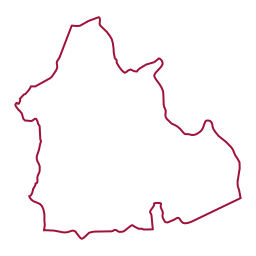 Nana-Mambéré, Natural Earth projection
{"feature_id": "CAF-804", "entity_name": "Nana-Mambéré", "entity_type": "Prefecture", "adm_level": 1, "iso_a3": "CAF", "parent_name": "Central African Republic", "parent_adm1": "", "projection": "natural_earth1", "projection_center": [15.312, 5.849], "detail": "fine", "context": "isolated", "style": "outline", "palette": "rose", "viewbox_px": 256, "rotation_deg": 0, "n_neighbors": 0, "source": "natural_earth", "source_scale": "10m", "svg_char_len": 3352}
<svg xmlns="http://www.w3.org/2000/svg" viewBox="0 0 256 256"><path d="M35.3,86.4L50.3,78.1L52.0,76.5L55.9,70.7L57.0,68.4L57.2,67.1L57.2,65.8L56.7,62.9L57.0,61.5L59.6,57.3L71.7,25.7L73.4,25.7L75.8,26.0L78.7,25.9L79.9,25.7L80.8,25.3L88.4,21.0L98.4,17.3L99.1,17.4L99.6,18.0L99.9,19.5L99.9,20.8L99.6,23.8L99.8,24.7L100.8,26.1L106.9,32.0L109.7,35.7L111.6,38.9L112.3,41.1L112.8,43.0L113.6,48.7L113.7,51.8L113.9,53.1L114.0,54.2L114.5,56.0L114.6,57.4L114.8,58.0L115.3,58.7L116.4,59.8L116.7,60.5L116.7,61.3L116.6,62.1L116.8,62.9L119.5,67.4L122.2,70.8L124.5,72.7L126.3,72.1L128.1,70.5L130.5,69.5L133.6,70.9L134.7,71.3L136.9,71.5L138.1,69.9L139.8,68.4L146.3,64.5L153.8,62.3L155.1,61.5L157.1,59.9L157.7,59.5L158.1,59.1L158.4,58.6L158.9,58.4L159.8,58.7L161.5,60.2L162.6,62.6L162.4,64.6L161.2,66.7L155.5,72.9L154.6,74.4L154.2,75.6L154.7,77.2L156.1,79.6L159.6,84.3L161.6,87.7L163.0,90.9L163.3,93.5L163.7,104.5L164.1,106.7L165.4,109.6L165.7,110.6L165.4,115.6L165.8,117.3L166.7,118.8L171.2,123.2L172.4,124.0L174.8,125.0L177.2,126.4L180.1,128.8L183.5,132.8L184.6,133.8L185.4,134.1L187.8,134.1L189.5,134.4L191.9,135.0L194.0,134.9L196.3,134.2L198.3,133.0L200.2,131.6L201.7,130.1L202.8,128.3L205.0,122.2L205.8,121.0L206.9,120.5L208.4,120.5L210.1,121.0L211.5,122.3L212.3,124.7L212.6,126.8L213.4,129.0L215.1,131.7L218.5,135.9L226.1,142.0L231.2,147.2L232.8,149.5L235.2,155.2L237.4,158.5L239.5,162.3L239.7,168.3L237.6,181.3L237.6,184.3L237.9,186.5L239.1,190.2L240.6,198.1L191.5,221.7L188.1,222.9L185.3,223.3L183.3,223.0L181.8,221.9L180.8,220.7L179.5,218.7L178.8,218.1L177.7,217.8L176.7,218.2L173.7,219.9L167.7,222.4L166.0,222.3L164.8,221.6L162.8,217.8L162.6,216.9L162.5,215.8L162.5,215.1L162.6,214.3L162.8,213.6L162.8,212.8L162.7,212.0L162.3,210.8L161.0,208.0L160.8,207.0L160.7,206.0L161.0,203.7L160.3,203.1L159.1,203.0L155.9,202.9L154.7,203.2L154.1,203.5L154.1,204.1L154.1,205.0L153.7,206.0L150.7,210.3L150.3,211.1L150.1,212.0L150.3,212.7L150.7,213.4L151.2,214.3L151.5,215.6L152.8,229.2L152.1,229.4L144.1,229.5L143.3,229.4L142.2,228.9L141.6,228.7L140.8,228.7L138.7,228.8L134.3,226.5L133.0,225.5L132.4,225.2L131.8,225.3L130.7,225.9L124.2,231.0L123.3,231.4L122.6,231.7L119.6,231.9L118.8,231.7L118.3,231.5L115.9,230.0L114.7,229.9L114.0,230.2L113.3,230.7L111.7,231.3L94.5,231.6L91.9,232.0L89.0,232.8L84.5,237.1L82.8,238.4L81.8,238.7L81.1,238.5L80.6,238.1L79.3,236.7L75.5,231.7L75.4,231.5L74.0,230.9L72.8,230.6L71.6,230.8L67.8,232.1L65.7,232.4L63.5,232.4L54.1,230.6L45.5,230.2L44.1,230.3L44.1,229.7L44.8,225.2L44.4,220.5L44.4,214.3L43.9,211.6L43.2,208.8L42.0,206.2L40.3,204.3L38.1,203.1L33.6,201.3L31.4,199.7L29.7,197.5L29.3,196.2L30.2,195.9L31.4,194.6L32.3,192.5L32.9,190.4L33.1,188.8L33.6,188.3L34.7,186.4L35.6,184.3L35.6,183.4L37.0,182.8L37.5,181.4L37.3,177.9L37.7,175.9L39.2,172.5L39.6,171.2L39.7,167.5L39.6,166.0L38.9,164.1L37.4,161.2L36.9,159.5L36.7,157.4L37.0,155.5L38.9,150.0L40.3,143.3L41.0,141.5L40.3,139.1L39.6,126.0L38.1,123.8L37.5,121.3L36.2,118.9L34.9,118.8L32.0,120.8L30.5,121.0L27.1,120.6L25.3,120.6L23.6,119.2L22.8,117.3L22.4,115.2L21.6,113.2L20.1,111.3L18.5,109.9L17.3,108.2L16.5,107.2L15.6,105.8L15.4,104.8L15.7,104.0L16.5,103.0L17.0,102.9L18.1,103.8L18.6,103.8L19.1,103.3L19.4,102.3L19.8,101.7L20.2,100.5L20.1,99.9L20.1,99.2L19.9,98.8L21.3,97.3L23.8,94.6L25.4,94.0L28.4,90.6L30.0,88.3L30.9,86.4L35.3,86.4Z" fill="none" stroke="#9f1239" stroke-width="2"/></svg>